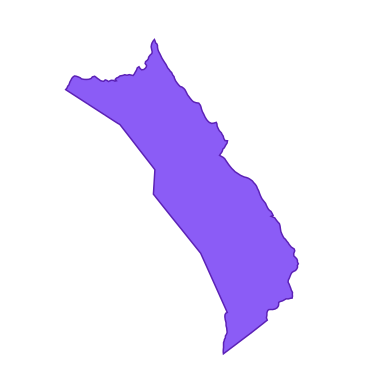 Camocim, Ceará, Brazil, rotated 62°
{"feature_id": "56859067B40104820379814", "entity_name": "Camocim", "entity_type": "district", "adm_level": 2, "iso_a3": "BRA", "parent_name": "Brazil", "parent_adm1": "Ceará", "projection": "mercator", "projection_center": [-40.84, -2.967], "detail": "fine", "context": "isolated", "style": "filled", "palette": "violet", "viewbox_px": 384, "rotation_deg": 62, "n_neighbors": 0, "source": "geoboundaries", "source_scale": "gbopen_adm2", "svg_char_len": 3346}
<svg xmlns="http://www.w3.org/2000/svg" viewBox="0 0 384 384"><g transform="rotate(62 192 192)"><path d="M42.3,255.5L94.4,226.5L97.0,225.0L98.5,224.0L116.3,220.9L130.4,218.5L150.6,215.0L154.9,214.3L173.7,225.8L175.8,227.1L191.0,224.3L207.5,221.2L218.8,219.0L250.1,213.1L264.1,214.0L314.9,217.4L314.9,219.1L316.0,220.6L317.7,221.6L320.4,222.6L323.4,223.3L326.1,224.7L328.3,225.2L330.5,226.1L332.5,226.9L333.9,228.5L334.7,230.0L336.6,231.2L337.3,232.5L338.5,233.4L339.7,234.8L341.9,236.0L344.0,237.1L345.9,238.4L348.0,239.6L349.6,240.2L344.0,205.1L340.5,185.7L338.1,185.4L335.9,183.7L333.8,182.6L332.2,180.8L331.9,179.4L332.8,177.5L333.7,175.9L334.3,173.5L334.2,171.1L333.1,169.1L331.7,168.1L330.2,167.3L330.1,165.6L330.6,163.3L330.6,161.6L330.5,159.0L331.6,157.2L332.1,154.9L332.7,153.4L331.2,152.2L329.4,151.4L327.8,150.4L325.2,150.4L323.2,150.0L321.2,149.8L319.0,149.5L316.7,149.5L314.9,148.2L313.9,146.7L312.7,145.3L311.1,143.4L310.0,141.6L309.8,139.9L309.9,137.4L309.0,135.4L307.9,134.1L306.2,133.4L305.3,131.8L303.4,131.8L301.8,131.0L300.1,130.9L298.3,131.4L296.2,132.1L294.1,131.1L292.2,128.9L290.3,128.5L287.2,130.2L283.8,130.9L282.3,130.9L280.0,131.4L277.6,131.7L275.8,132.4L274.1,132.5L271.3,132.4L268.6,132.1L265.7,131.1L263.3,130.2L261.0,129.7L258.4,130.4L256.0,130.8L253.6,131.1L252.3,132.2L250.6,133.5L250.8,131.4L248.5,131.3L246.2,131.4L244.8,132.1L243.1,132.6L241.1,132.7L238.6,132.6L236.6,132.4L232.8,133.1L231.0,133.4L229.3,133.4L227.3,133.3L225.4,133.1L222.2,132.6L219.8,132.6L217.3,132.3L215.1,132.5L212.9,133.1L210.6,133.5L208.5,134.5L206.4,135.7L204.8,137.1L203.4,138.7L202.3,139.6L200.1,141.3L196.8,143.1L194.3,144.5L192.5,145.0L190.0,145.8L187.7,146.3L184.7,146.8L180.3,147.3L177.9,147.5L176.1,148.2L174.4,149.3L172.6,150.5L171.6,148.8L171.1,147.5L169.9,145.8L168.7,144.8L168.1,142.7L166.5,140.3L165.3,138.1L163.4,136.6L162.2,138.7L159.6,138.8L157.3,138.2L155.2,138.4L153.6,138.3L152.2,138.7L150.6,139.1L148.7,139.1L145.7,138.9L143.5,138.0L141.9,137.9L141.5,140.1L140.7,142.4L138.8,144.0L137.2,144.6L135.1,145.1L133.6,145.2L131.9,145.3L128.7,145.1L125.9,145.1L123.3,144.7L121.3,144.2L119.4,143.9L116.7,144.3L115.1,146.5L113.1,148.3L111.5,149.0L109.6,149.4L108.1,149.7L106.5,149.9L104.2,150.3L100.9,150.2L98.4,150.2L96.7,150.6L94.4,151.7L93.5,152.8L91.3,153.5L89.2,153.9L86.3,154.3L83.2,154.1L81.7,153.7L79.5,154.1L76.9,153.9L75.1,154.5L73.4,154.7L71.1,155.2L67.0,155.1L64.3,155.4L61.4,155.6L59.9,155.7L55.0,155.5L52.2,155.5L50.1,155.2L48.0,154.5L46.4,153.7L44.8,153.5L43.3,154.1L41.2,153.7L39.7,153.6L40.5,155.5L41.8,157.5L42.9,158.6L44.6,159.9L46.8,160.6L48.3,161.0L49.7,161.4L50.9,162.5L51.5,164.8L52.6,167.0L53.9,168.0L54.7,169.7L55.1,171.8L56.6,173.1L58.8,172.7L60.1,173.6L60.8,175.0L61.2,177.0L60.5,179.1L58.8,179.8L56.5,180.0L56.7,182.0L58.3,183.8L59.6,185.9L60.8,187.7L61.5,189.3L60.4,190.6L58.9,192.3L58.4,194.6L56.9,196.3L56.6,198.3L55.7,201.1L56.1,203.4L55.9,205.1L56.5,206.9L58.3,206.5L57.9,208.0L56.5,209.1L55.4,210.9L55.2,213.9L53.5,214.8L52.3,216.0L52.8,218.0L52.0,219.2L50.7,220.5L48.9,221.3L47.4,222.1L45.9,222.7L44.1,223.6L43.6,225.9L44.4,227.8L44.1,230.0L43.2,232.1L42.2,233.9L41.3,235.2L40.2,236.5L38.8,237.0L37.1,238.3L35.5,239.8L34.4,241.2L34.5,242.8L35.2,244.7L36.6,246.7L37.5,248.1L38.7,249.4L39.7,250.5L40.2,252.0L41.4,253.4L42.3,255.5Z" fill="#8b5cf6" stroke="#5b21b6" stroke-width="1.5"/></g></svg>